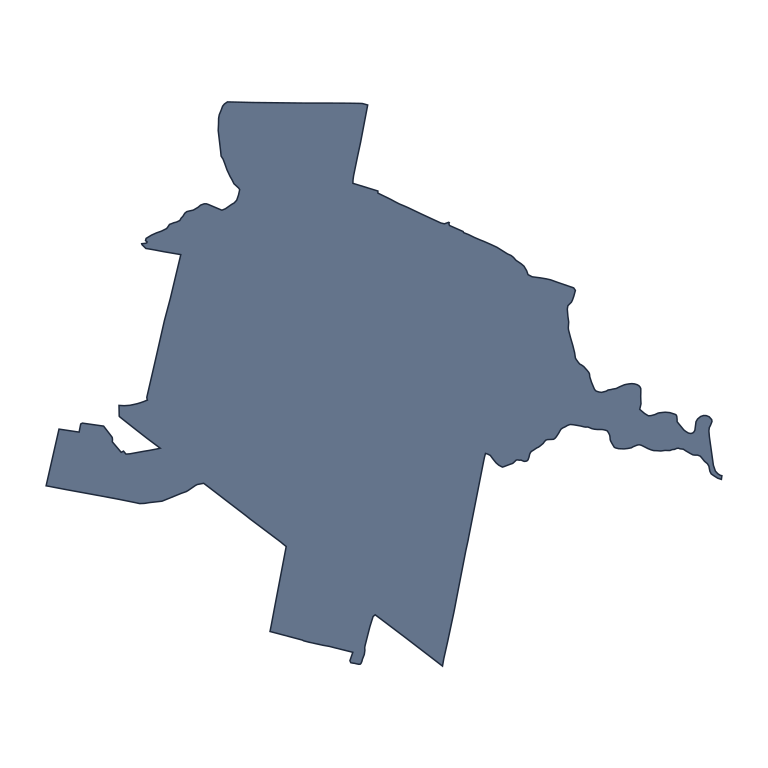 Golesti, Vrancea, Romania (Mercator projection)
{"feature_id": "2599482B15818014499843", "entity_name": "Golesti", "entity_type": "district", "adm_level": 2, "iso_a3": "ROU", "parent_name": "Romania", "parent_adm1": "Vrancea", "projection": "mercator", "projection_center": [27.172, 45.659], "detail": "fine", "context": "isolated", "style": "filled", "palette": "slate", "viewbox_px": 768, "rotation_deg": 0, "n_neighbors": 0, "source": "geoboundaries", "source_scale": "gbopen_adm2", "svg_char_len": 5309}
<svg xmlns="http://www.w3.org/2000/svg" viewBox="0 0 768 768"><path d="M721.9,475.7L720.3,475.3L719.0,474.5L717.8,473.7L715.4,471.1L713.4,465.3L709.4,436.8L708.9,430.9L709.3,427.6L710.3,425.7L710.7,424.8L712.0,421.5L711.7,419.6L709.2,416.8L706.3,415.6L703.6,415.5L700.6,416.5L697.6,419.0L696.0,421.7L694.9,430.1L694.1,431.7L692.7,433.0L690.9,433.5L689.7,433.3L688.5,433.1L685.7,431.4L683.8,429.9L681.1,426.6L678.8,423.8L677.1,421.7L677.1,419.4L676.8,416.5L676.3,415.1L675.1,414.3L669.8,412.6L665.3,412.2L663.0,412.4L659.5,412.8L658.0,413.1L654.8,414.6L651.1,415.6L648.4,415.8L644.6,413.5L641.3,410.7L639.7,409.3L640.3,406.9L641.0,403.8L640.8,400.0L640.7,396.3L640.8,392.6L640.8,388.7L640.2,387.2L638.9,385.7L637.2,384.7L634.6,383.9L631.8,383.6L628.9,383.9L626.0,384.4L624.3,384.8L619.6,386.8L616.2,388.5L612.2,389.2L611.3,389.5L608.0,390.0L606.4,391.1L601.5,392.4L599.0,392.0L596.2,391.1L595.1,390.1L594.3,388.9L591.5,382.2L589.8,376.9L589.5,374.0L588.9,372.6L587.1,370.3L583.7,366.5L581.4,364.9L579.8,364.1L578.5,362.6L576.3,359.6L575.4,358.0L574.6,352.6L572.9,345.7L570.5,337.5L568.5,329.8L568.3,327.8L568.7,322.0L567.9,316.3L567.3,309.1L567.9,305.7L571.4,302.2L572.4,300.2L573.8,296.3L575.4,290.4L573.7,287.9L556.9,282.1L550.6,279.8L546.1,278.8L540.1,277.8L532.2,276.8L528.0,274.6L526.7,270.8L524.0,266.2L521.2,263.8L516.0,260.3L513.5,257.4L511.1,255.5L507.5,253.9L497.0,247.3L491.2,244.6L483.7,241.3L480.6,240.1L474.5,237.5L468.4,234.5L464.0,232.8L463.5,232.4L463.1,231.5L451.8,226.5L449.5,225.5L449.0,224.2L449.0,223.3L449.3,222.7L448.7,222.3L444.4,223.8L440.9,223.0L430.7,218.3L421.0,213.8L408.0,207.6L403.9,205.8L399.5,204.0L395.2,201.8L391.0,199.5L377.9,193.1L377.9,191.0L352.9,183.3L353.0,180.1L353.6,175.7L357.5,156.7L360.6,142.3L367.7,105.0L364.2,104.0L362.3,103.5L360.3,103.4L354.6,103.3L348.2,103.2L330.2,103.1L306.7,103.1L280.2,102.8L252.8,102.5L240.1,102.2L227.4,101.9L224.4,104.0L223.5,105.1L222.6,106.2L221.1,110.3L219.3,114.6L218.6,118.3L218.5,124.2L218.2,130.5L220.7,151.8L221.1,156.1L223.1,159.2L224.7,163.4L227.0,169.9L230.1,176.5L232.0,179.8L234.0,183.8L238.6,188.0L239.7,189.6L238.5,195.0L236.7,200.2L234.1,203.0L231.6,204.4L225.5,208.7L221.9,210.2L208.2,204.4L206.4,203.8L204.2,203.8L200.6,205.1L198.2,207.2L193.3,210.1L189.2,211.0L186.8,211.6L184.8,213.2L182.9,216.3L181.1,218.2L179.8,220.5L176.4,222.1L173.9,222.7L171.7,223.6L169.5,224.4L167.6,227.3L166.5,228.6L161.5,231.1L156.4,232.9L151.5,235.1L146.1,238.4L145.5,240.6L147.1,241.9L146.8,242.8L145.5,243.3L141.7,243.7L142.0,244.7L145.9,248.5L148.0,248.8L154.9,250.0L163.7,251.7L180.8,254.6L176.0,274.6L170.4,298.1L164.4,320.6L154.9,362.3L146.8,397.3L147.0,398.7L147.1,399.3L147.4,400.1L146.1,400.6L143.6,401.6L140.5,402.7L137.2,403.7L135.0,404.2L129.9,405.3L124.2,405.7L119.0,405.4L119.2,416.2L119.9,417.0L125.8,421.7L137.1,430.6L147.1,438.4L160.2,448.2L157.2,448.9L149.3,450.4L143.7,451.3L130.0,453.8L126.0,454.1L123.5,451.1L121.2,452.3L112.3,441.8L112.5,439.7L112.3,437.7L111.9,436.9L103.6,426.1L82.4,423.1L80.7,424.0L79.1,432.1L59.0,429.1L46.1,485.8L66.6,489.7L92.4,494.4L118.8,499.3L136.1,502.8L139.6,503.6L144.5,503.4L149.4,502.6L162.0,501.2L166.2,499.5L181.4,493.3L186.3,491.6L188.3,490.4L195.4,485.5L197.3,484.5L203.7,483.3L214.7,491.7L225.6,500.1L246.5,516.1L250.2,519.1L280.7,542.0L283.4,544.3L286.2,546.5L274.9,605.8L271.2,625.5L270.0,631.5L277.2,633.4L302.4,640.1L303.6,640.8L308.9,642.2L323.1,645.3L329.4,646.4L335.2,647.9L352.8,652.3L349.9,660.7L350.8,662.7L353.2,663.2L354.4,663.3L356.9,663.9L358.9,664.3L360.4,664.1L361.1,663.2L361.9,661.4L362.4,659.3L364.3,654.5L364.9,650.2L364.7,647.8L365.0,645.9L365.9,642.4L367.7,635.3L369.9,626.7L373.1,616.5L375.2,614.8L405.4,637.6L442.5,666.1L443.8,658.7L447.7,641.4L451.1,625.4L453.9,612.3L454.8,607.7L456.4,599.3L465.8,550.8L468.3,539.4L468.5,538.1L477.4,492.9L483.8,460.4L484.5,457.1L485.5,453.4L487.7,454.1L490.3,455.4L493.1,459.2L496.1,462.9L498.8,465.2L502.4,467.1L503.8,466.7L506.9,465.5L510.6,464.1L512.0,463.7L513.1,463.1L514.8,461.5L516.2,460.1L517.8,459.9L519.2,460.2L521.1,460.1L522.4,460.7L524.2,461.4L525.4,461.3L526.8,461.0L528.0,459.9L529.0,457.2L529.7,454.1L530.4,452.7L531.3,451.5L533.7,450.0L536.8,447.9L538.4,447.2L539.7,446.3L541.3,445.0L543.2,443.4L544.4,441.7L545.3,440.7L545.9,440.1L546.9,439.8L547.4,439.6L550.0,439.5L552.0,439.4L553.5,439.3L554.2,438.9L555.1,438.2L556.3,436.8L558.6,433.3L560.1,430.6L561.0,429.2L562.6,428.0L563.9,427.4L565.4,426.7L567.0,425.7L568.8,424.9L570.3,424.5L571.8,424.6L573.7,424.8L580.6,426.0L584.2,426.9L585.7,427.1L587.8,427.0L589.9,427.8L591.7,428.6L594.3,429.2L597.3,429.5L599.4,429.5L601.4,429.5L602.9,429.6L605.5,430.2L607.3,430.9L608.8,433.3L609.7,435.3L610.0,437.0L610.2,439.7L610.6,440.9L611.7,443.0L613.0,445.2L614.3,447.3L615.5,447.9L618.6,448.7L621.5,448.8L624.0,448.9L627.7,448.5L631.4,447.8L633.0,446.8L636.7,445.3L638.0,444.9L639.6,444.8L641.4,445.3L645.0,447.1L647.9,448.6L651.2,449.9L653.6,450.6L657.0,450.7L660.8,451.0L665.1,450.4L667.9,450.5L670.0,450.5L672.2,449.6L674.5,449.4L675.6,448.9L676.7,448.4L678.5,448.2L679.9,448.8L683.3,449.2L686.0,451.0L690.5,453.6L693.0,454.9L694.9,455.1L697.6,455.1L700.3,456.2L702.1,458.3L704.5,461.3L707.4,463.7L708.9,466.2L709.4,468.9L709.9,471.3L711.2,473.9L713.6,475.6L717.7,478.2L721.4,479.4L721.9,475.7Z" fill="#64748b" stroke="#1e293b" stroke-width="1.5"/></svg>